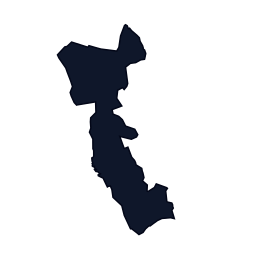 the district of Katcha, Niger, Nigeria, rotated 335°
{"feature_id": "59680162B69752440983216", "entity_name": "Katcha", "entity_type": "district", "adm_level": 2, "iso_a3": "NGA", "parent_name": "Nigeria", "parent_adm1": "Niger", "projection": "natural_earth1", "projection_center": [6.264, 9.093], "detail": "fine", "context": "isolated", "style": "filled", "palette": "ink", "viewbox_px": 256, "rotation_deg": 335, "n_neighbors": 0, "source": "geoboundaries", "source_scale": "gbopen_adm2", "svg_char_len": 1951}
<svg xmlns="http://www.w3.org/2000/svg" viewBox="0 0 256 256"><g transform="rotate(335 128 128)"><path d="M106.7,226.1L110.4,225.3L115.6,224.3L120.5,224.3L128.7,227.3L131.7,229.7L132.9,221.3L133.2,221.0L135.2,219.7L135.3,218.1L136.0,216.4L136.0,214.5L132.4,211.7L132.1,211.1L135.6,200.9L138.2,199.4L137.9,198.5L130.0,190.6L126.8,193.1L119.6,194.0L118.8,193.5L118.7,192.9L121.4,187.8L118.8,182.0L121.5,179.7L122.5,175.1L122.7,173.0L123.4,170.4L119.7,164.8L120.2,162.6L120.2,160.1L119.0,156.0L119.8,145.3L116.3,145.1L115.9,144.8L116.2,140.9L117.0,132.1L126.3,139.6L131.9,139.7L132.0,139.6L134.0,138.2L133.6,132.0L126.6,125.2L126.4,118.1L124.5,113.5L120.3,109.1L121.4,104.6L131.7,105.4L130.3,96.4L134.6,89.4L140.1,89.1L140.8,91.5L144.5,89.7L146.5,87.6L151.5,71.8L157.5,70.4L162.6,72.0L168.3,71.6L172.0,72.7L172.5,72.1L173.8,70.4L174.4,69.5L175.0,68.8L175.6,67.9L175.7,66.9L175.8,65.6L176.0,64.5L175.2,62.7L175.6,62.0L176.0,59.7L175.6,54.5L176.4,51.0L175.4,48.1L174.0,44.9L172.4,41.4L171.6,38.2L171.0,38.2L170.3,38.1L170.4,36.6L170.5,35.0L169.9,34.1L169.5,33.4L168.2,33.6L160.2,41.4L153.8,51.1L150.3,53.5L136.8,45.0L133.0,41.8L127.4,36.9L125.7,37.8L113.2,26.3L107.3,28.3L105.0,27.8L95.0,31.9L95.0,35.4L97.0,47.3L96.6,51.4L95.9,61.3L95.2,67.0L90.6,71.4L90.1,74.8L90.0,82.2L91.1,85.5L91.4,85.5L109.7,90.6L105.5,100.4L98.5,103.0L96.5,106.6L94.3,112.4L91.3,115.5L91.5,123.2L91.2,123.8L87.4,132.1L87.5,132.9L87.3,134.1L84.9,139.3L83.7,139.9L82.8,139.7L82.4,140.2L81.5,142.7L81.3,144.8L80.5,145.1L80.6,145.8L79.6,147.3L80.1,148.3L81.4,148.6L80.7,149.9L81.6,152.0L80.1,151.7L80.6,153.9L81.6,154.5L82.3,155.1L82.8,156.9L83.6,157.9L82.8,158.2L82.1,157.9L81.1,157.9L80.9,158.7L82.2,160.4L84.3,162.9L84.3,166.1L84.4,172.7L85.0,172.6L85.6,172.6L87.5,173.1L87.4,176.9L85.1,184.5L89.6,195.7L87.7,205.6L87.7,220.4L88.7,220.8L91.8,226.8L92.9,229.2L97.5,229.0L101.3,226.8L103.0,226.3L105.5,225.5L106.7,226.1Z" fill="#0f172a" stroke="#020617" stroke-width="1.5"/></g></svg>